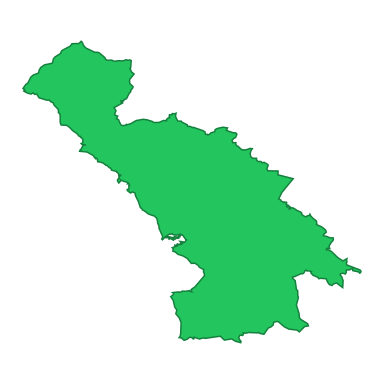 Balta, Mehedinti, Romania
{"feature_id": "2599482B81880640406541", "entity_name": "Balta", "entity_type": "district", "adm_level": 2, "iso_a3": "ROU", "parent_name": "Romania", "parent_adm1": "Mehedinti", "projection": "natural_earth1", "projection_center": [22.605, 44.92], "detail": "fine", "context": "isolated", "style": "filled", "palette": "green", "viewbox_px": 384, "rotation_deg": 0, "n_neighbors": 0, "source": "geoboundaries", "source_scale": "gbopen_adm2", "svg_char_len": 5991}
<svg xmlns="http://www.w3.org/2000/svg" viewBox="0 0 384 384"><path d="M297.1,330.1L299.3,331.9L304.6,326.6L308.4,325.9L307.6,323.7L300.7,319.3L299.5,317.9L299.0,313.3L296.4,305.0L298.4,297.5L297.8,295.6L297.7,290.7L296.4,289.3L295.2,280.7L292.5,278.2L292.8,276.7L294.2,276.8L301.2,273.6L302.5,273.9L303.7,273.1L305.4,270.3L306.2,270.2L306.9,271.0L308.7,270.8L311.5,271.7L310.9,272.9L313.1,275.3L317.6,277.2L318.8,278.7L320.7,278.3L326.2,278.8L327.7,282.3L329.3,284.5L332.0,285.5L333.5,283.9L336.6,283.0L342.7,287.6L343.1,280.7L341.8,276.9L340.1,274.9L340.6,273.8L343.0,273.2L345.4,274.0L346.2,272.5L346.2,270.3L346.8,269.9L349.2,270.0L352.2,268.5L352.7,268.7L352.7,270.6L358.6,271.9L359.8,273.2L360.8,272.2L361.0,271.1L359.9,269.9L346.7,264.9L346.3,262.8L347.0,261.9L346.6,259.8L346.9,258.7L342.9,260.9L337.9,257.7L331.4,251.4L328.6,250.1L326.4,249.8L326.5,248.9L327.3,248.3L329.8,248.6L329.0,246.2L331.4,242.2L332.6,241.1L333.3,239.8L333.2,237.9L329.8,237.8L327.1,236.5L323.5,235.8L323.4,234.7L326.3,232.2L325.6,230.0L321.9,227.0L316.4,224.5L316.8,223.1L316.3,220.9L312.9,218.2L310.8,216.0L309.9,214.2L309.3,215.5L307.3,215.8L306.0,216.8L304.6,216.4L301.7,214.5L301.7,213.0L300.8,212.1L297.5,210.7L293.3,208.0L291.2,207.7L290.2,208.8L289.1,208.8L290.1,207.5L290.1,207.0L289.8,206.5L287.4,207.0L286.8,206.6L288.3,205.3L286.2,204.5L286.7,202.5L286.3,202.1L285.5,202.5L284.1,201.9L283.7,202.4L280.9,200.8L280.7,199.9L278.7,199.0L281.9,192.4L293.2,178.7L277.9,174.8L278.1,171.0L267.9,170.8L266.8,169.0L268.2,165.2L267.8,164.5L264.1,162.3L262.2,162.8L260.9,161.5L258.0,161.5L256.7,160.2L256.5,158.3L252.7,158.3L250.7,156.6L250.1,153.3L251.2,150.2L252.3,148.7L250.2,148.4L245.8,149.9L242.7,149.9L241.5,149.5L237.9,146.2L236.7,145.7L235.7,144.2L235.9,142.7L233.0,142.8L232.0,140.5L233.6,138.6L235.6,137.5L236.9,134.2L235.8,132.9L233.0,132.7L226.4,130.4L227.5,127.9L222.9,127.2L217.5,128.4L215.2,129.6L214.7,131.8L211.1,132.7L209.4,134.4L207.8,134.9L207.6,134.4L205.5,134.3L204.9,131.7L202.3,130.4L193.3,127.3L192.7,127.7L190.2,126.4L187.5,126.4L187.4,124.9L181.9,122.1L181.4,121.2L177.7,121.0L175.5,116.6L176.0,113.2L175.0,113.7L172.2,113.6L171.7,115.0L169.5,114.7L169.2,116.4L169.7,117.7L168.1,118.0L166.4,119.6L166.5,120.8L163.4,120.5L159.1,122.4L153.8,122.5L152.2,121.4L147.0,119.8L143.2,119.3L136.3,120.5L130.9,123.6L126.9,124.8L126.3,124.4L126.0,125.2L122.5,125.6L120.8,124.8L118.4,119.5L116.4,118.7L117.7,116.1L114.8,115.0L114.8,113.7L116.0,110.8L114.1,107.6L122.7,102.9L122.4,102.2L120.6,102.2L121.8,101.6L121.3,100.9L123.6,100.9L124.1,99.7L126.5,98.7L129.2,93.3L130.7,91.8L130.9,90.1L132.5,88.4L133.1,86.7L129.9,83.6L129.5,80.7L129.9,79.2L134.1,74.0L131.3,71.7L130.4,69.0L129.8,68.7L130.7,67.6L131.2,60.5L129.7,59.9L128.0,60.4L126.4,59.7L122.8,60.9L118.4,60.7L114.2,61.3L111.7,60.1L107.2,60.3L105.6,59.4L104.9,57.6L99.3,52.9L97.7,52.3L94.9,52.3L86.0,48.1L83.7,45.7L82.3,42.4L81.1,41.3L78.9,43.5L72.0,43.7L70.3,46.1L62.3,50.3L61.3,51.4L60.5,53.5L55.2,56.8L53.4,58.9L52.7,62.1L52.0,63.3L44.6,64.8L40.7,67.5L39.0,70.4L38.9,72.1L38.1,73.3L33.6,74.8L30.9,77.0L27.8,83.1L25.9,84.4L23.0,88.4L24.3,89.2L23.9,90.0L25.1,91.0L24.3,91.4L27.5,93.1L31.2,94.1L33.1,92.8L34.6,94.4L36.7,94.0L39.0,97.8L46.8,100.2L49.4,100.2L50.7,101.7L53.0,102.7L54.2,105.2L58.4,109.6L58.4,112.7L59.7,113.6L60.2,115.7L60.2,122.5L61.1,125.0L66.6,125.3L69.5,127.3L72.7,130.7L76.6,133.3L79.3,136.4L80.6,136.5L80.7,137.3L82.8,139.2L82.9,142.5L82.5,143.1L81.1,143.5L81.6,144.1L82.6,144.7L85.8,144.8L83.6,145.2L82.6,146.1L81.3,148.8L80.5,149.6L80.9,150.3L80.5,150.9L79.9,150.5L79.6,151.3L86.9,152.0L93.4,155.6L94.6,157.8L95.8,157.8L95.8,158.8L96.8,158.6L97.4,159.3L97.7,161.8L100.0,162.0L103.2,163.1L106.0,165.3L107.0,165.4L109.4,167.8L110.5,168.0L111.6,170.2L116.7,171.5L116.8,172.2L118.2,173.3L119.0,174.7L119.7,175.2L120.5,174.9L120.7,175.6L119.6,176.2L118.8,175.9L119.3,178.4L118.7,178.2L117.9,179.2L117.4,180.7L118.8,183.0L120.6,181.1L120.8,180.0L124.3,181.6L126.3,181.8L127.7,183.0L127.5,183.7L128.6,183.1L129.5,185.1L128.8,185.3L129.0,187.6L128.6,188.8L127.1,189.7L127.5,190.9L128.9,191.0L129.0,192.0L130.6,193.0L132.5,191.9L135.1,193.1L135.4,195.5L138.5,201.8L140.4,207.7L141.7,208.5L142.4,210.0L143.7,210.4L148.6,214.1L154.5,216.1L156.4,217.9L157.1,219.3L157.8,223.5L159.0,226.2L159.0,228.3L162.5,236.1L162.7,236.9L161.7,239.1L162.5,239.8L165.3,236.8L169.7,234.0L170.6,234.3L172.2,233.7L172.8,234.5L175.0,235.1L177.3,235.1L180.2,234.1L180.9,234.9L177.6,237.1L174.2,236.7L174.1,237.4L173.1,237.7L168.7,236.7L165.7,237.0L165.8,237.7L169.4,237.5L169.7,237.7L168.8,238.9L169.2,239.2L170.1,238.3L173.5,240.2L173.9,239.5L173.5,239.1L173.9,238.8L174.9,239.2L176.6,238.1L178.6,238.2L178.5,237.5L180.0,236.7L179.8,235.8L181.7,234.7L182.8,235.3L185.8,239.6L187.1,239.7L186.1,240.1L185.2,241.7L183.5,242.7L182.9,242.3L183.2,241.9L180.0,241.4L181.2,242.9L181.1,243.8L181.8,243.9L180.9,244.6L179.8,243.4L180.0,243.8L179.4,244.6L177.4,243.9L176.8,244.7L177.7,245.3L176.9,246.2L174.9,245.1L174.8,245.8L175.4,246.5L172.2,247.7L173.3,249.1L172.8,251.1L175.4,252.1L178.0,254.3L183.2,256.0L187.2,258.4L191.3,263.4L194.9,263.2L198.2,265.4L199.3,267.2L203.8,269.7L203.4,271.9L204.3,273.6L204.4,275.8L195.0,286.8L191.2,289.5L191.5,290.7L191.0,291.1L191.6,291.8L190.0,291.4L189.6,290.6L185.1,291.3L182.2,291.1L180.7,292.2L179.2,292.4L178.9,291.9L173.1,292.5L172.7,292.6L173.5,293.0L173.4,294.5L170.7,296.7L173.2,300.3L174.7,306.9L176.8,310.1L175.8,313.8L179.2,317.8L181.1,322.6L180.7,333.4L180.1,336.3L179.1,337.6L181.4,338.0L184.1,340.3L187.3,339.2L189.4,337.3L192.0,337.6L193.2,339.0L194.0,338.6L194.1,337.2L199.4,339.0L204.0,337.8L204.9,338.4L220.3,336.2L224.4,340.1L231.7,338.9L235.1,341.1L240.7,342.7L241.0,341.3L239.3,339.3L238.8,337.1L240.2,334.9L242.1,335.5L243.0,335.1L243.5,333.8L243.2,332.9L245.8,333.2L248.8,332.5L257.5,332.9L258.2,332.4L259.5,333.3L263.9,334.3L268.3,328.0L270.5,327.2L273.0,325.3L273.7,322.3L277.1,321.4L278.6,321.9L284.3,326.8L288.8,329.1L297.1,330.1Z" fill="#22c55e" stroke="#15803d" stroke-width="1.5"/></svg>